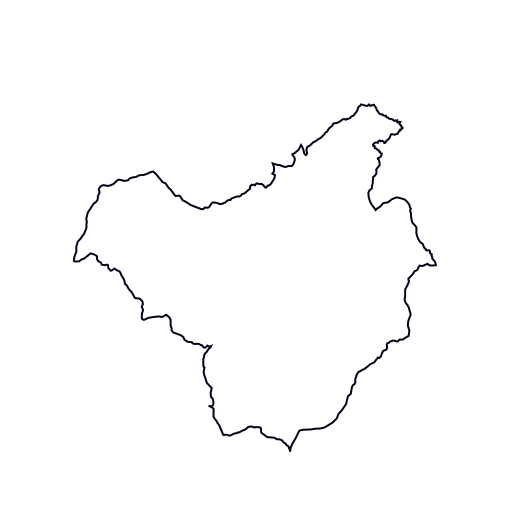 the district of Vergara, Cundinamarca, Colombia, rotated 198°
{"feature_id": "7082276B80485055582459", "entity_name": "Vergara", "entity_type": "district", "adm_level": 2, "iso_a3": "COL", "parent_name": "Colombia", "parent_adm1": "Cundinamarca", "projection": "albers", "projection_center": [-74.318, 5.125], "detail": "fine", "context": "isolated", "style": "outline", "palette": "ink", "viewbox_px": 512, "rotation_deg": 198, "n_neighbors": 0, "source": "geoboundaries", "source_scale": "gbopen_adm2", "svg_char_len": 6082}
<svg xmlns="http://www.w3.org/2000/svg" viewBox="0 0 512 512"><g transform="rotate(198 256 256)"><path d="M247.5,375.5L248.1,371.2L248.5,370.0L251.1,365.7L252.9,364.1L252.8,363.6L250.0,361.6L248.8,359.7L248.7,356.0L249.5,353.0L250.3,352.4L252.7,351.7L255.8,349.6L259.9,349.6L260.9,349.9L264.7,349.2L268.7,349.2L266.8,346.8L265.1,342.8L265.1,341.7L265.9,339.4L263.0,338.8L262.5,335.7L264.1,329.2L265.2,327.3L266.7,326.5L267.3,324.4L267.8,324.0L268.6,324.1L271.3,325.8L273.0,326.3L275.1,325.5L277.8,325.3L278.3,324.6L278.8,322.9L280.4,323.1L281.6,322.2L282.3,322.3L283.2,320.4L282.5,318.9L282.6,317.8L283.5,316.8L285.5,313.1L286.9,311.5L288.4,310.6L288.9,309.1L290.2,307.4L292.4,306.8L297.0,303.2L297.7,301.3L298.5,301.3L300.3,299.9L302.3,296.8L303.4,296.3L303.6,295.6L306.5,294.1L309.4,294.5L313.7,293.6L314.5,292.3L315.8,287.9L316.9,286.9L319.5,286.4L320.8,284.1L323.1,283.7L334.3,284.3L335.4,284.8L340.8,286.1L342.9,286.3L346.9,289.6L347.5,289.7L351.3,288.2L357.8,292.8L360.2,293.8L364.4,297.1L367.8,297.5L376.8,303.3L380.0,304.5L382.3,303.1L384.6,300.8L388.0,298.3L391.9,296.8L394.6,294.0L396.7,293.1L399.8,291.1L401.2,288.3L405.1,286.5L407.2,286.7L410.4,286.1L412.3,283.4L413.9,280.3L417.2,277.5L419.3,276.7L422.9,276.3L424.0,275.6L425.5,273.9L426.2,271.2L426.0,270.2L425.2,269.6L424.5,268.3L424.8,263.6L424.3,262.5L424.1,260.0L425.3,257.1L426.1,256.5L426.7,255.1L429.4,245.2L428.9,238.8L427.4,236.1L427.0,233.4L425.9,230.2L426.4,223.6L427.2,222.2L427.4,220.8L428.6,217.3L430.0,214.5L429.7,209.0L428.2,204.6L428.5,199.2L427.8,195.3L427.3,194.9L426.1,194.9L422.6,196.2L420.8,198.9L418.6,200.5L414.2,207.3L410.8,207.5L407.5,206.8L407.1,206.5L406.2,203.9L404.6,202.4L401.4,201.8L400.1,200.1L397.0,200.5L394.9,201.8L393.9,201.6L392.8,199.0L390.0,197.2L388.9,197.5L387.1,199.9L386.4,200.4L384.5,199.5L381.0,199.2L379.0,197.4L378.3,196.3L373.9,192.5L372.1,189.1L369.8,188.1L366.7,185.2L363.0,183.2L358.6,179.0L357.9,178.6L353.5,179.5L350.8,178.3L349.6,177.2L348.7,174.9L349.0,172.5L346.9,170.0L346.6,168.6L346.8,166.4L345.4,161.6L344.5,160.8L342.9,160.6L338.9,164.1L334.7,166.3L329.2,168.7L327.7,168.7L325.9,169.4L323.2,172.4L319.1,170.7L318.8,169.9L317.6,169.3L315.6,163.2L314.0,161.4L313.3,159.2L311.1,157.7L303.1,157.4L301.6,157.0L299.9,156.3L298.1,154.2L294.3,153.3L290.4,154.2L289.4,153.4L287.9,153.2L284.8,154.3L282.7,154.7L281.1,154.2L279.8,154.4L277.7,152.9L276.6,153.0L275.9,153.2L274.5,155.8L272.4,155.2L270.9,156.5L271.1,155.0L272.5,152.6L273.3,149.5L274.4,147.4L274.6,145.7L274.1,142.8L274.3,141.7L272.2,135.4L271.5,134.4L270.6,134.1L270.0,129.6L268.5,126.9L263.5,120.1L257.3,116.7L256.8,111.7L255.2,108.0L253.2,107.0L251.3,104.0L250.8,101.1L250.9,100.4L252.2,99.4L254.7,98.8L251.2,98.5L249.0,97.5L246.9,90.2L244.1,87.8L242.7,87.0L241.3,85.5L239.0,84.0L231.8,75.7L231.1,75.7L230.2,76.5L228.8,76.9L226.0,76.9L224.8,77.5L221.3,80.8L219.9,81.3L218.8,82.6L217.7,82.8L215.0,85.7L212.4,87.8L210.9,90.5L210.0,91.4L207.1,92.6L204.8,92.3L203.1,93.3L199.6,94.2L198.5,94.0L197.7,93.1L197.0,90.7L196.3,89.6L189.4,87.2L182.1,88.9L179.6,88.1L177.2,88.9L174.6,88.8L172.1,87.3L169.5,86.5L168.6,85.6L166.3,85.0L162.8,80.5L163.4,81.6L163.8,84.3L163.5,88.1L162.0,94.9L160.9,102.9L160.1,103.8L157.3,105.4L150.7,107.8L145.2,110.5L143.2,111.1L140.1,112.6L137.6,114.4L131.9,121.0L129.3,125.7L128.9,127.5L128.8,131.1L126.7,135.8L124.6,142.9L125.2,151.1L123.3,154.1L124.2,160.8L124.0,162.6L123.5,163.8L122.7,164.5L122.4,166.3L123.6,169.6L123.4,172.8L123.7,173.1L123.1,176.2L122.7,177.4L120.8,179.1L120.0,180.4L118.3,181.7L116.0,184.9L114.0,188.3L110.7,191.4L108.7,197.1L107.3,197.0L106.3,198.6L105.9,204.5L105.7,205.0L103.1,207.3L102.9,208.0L103.2,210.0L104.3,212.3L104.1,213.6L102.8,214.6L102.0,216.0L99.8,217.8L98.1,218.3L95.5,218.2L94.8,218.6L93.6,220.9L90.8,221.8L86.1,227.3L87.1,232.4L89.9,236.5L90.6,238.6L91.1,241.8L90.8,247.1L91.0,248.6L94.8,254.2L97.0,256.3L99.3,257.8L101.3,260.7L101.6,263.2L103.8,270.5L103.0,274.5L102.6,278.9L104.1,281.5L101.5,286.6L100.4,290.6L99.2,291.5L98.3,292.8L98.0,293.9L98.1,295.6L97.2,297.6L95.8,297.6L94.4,298.1L90.5,301.5L87.9,300.7L84.8,301.6L82.0,302.9L84.1,306.0L87.5,308.0L88.2,309.5L89.3,310.7L89.2,311.8L91.2,312.4L92.5,314.8L93.3,314.9L95.0,314.1L96.2,314.2L96.9,315.2L98.7,315.9L100.9,318.8L104.5,320.1L107.8,323.2L110.5,327.1L112.1,332.4L113.4,333.7L117.3,335.9L118.0,336.5L120.5,340.9L122.0,344.8L123.4,346.4L123.4,349.0L124.3,349.5L126.4,352.5L130.0,354.8L132.2,355.7L137.1,355.6L139.6,355.4L141.6,354.3L144.3,352.0L147.1,347.7L150.2,346.3L151.4,345.5L153.1,341.4L155.7,338.3L156.4,336.7L162.4,341.1L164.8,343.6L167.1,347.0L168.7,350.9L168.3,353.8L166.7,355.9L167.3,357.9L167.5,361.6L168.3,363.8L168.3,364.8L169.0,367.5L167.9,368.8L166.9,371.6L168.4,375.5L166.5,380.5L167.2,382.6L168.9,385.4L170.1,385.9L170.3,386.3L170.1,387.0L168.9,387.9L168.1,388.9L167.8,391.8L168.1,392.3L169.4,392.4L170.1,393.3L171.0,393.3L171.6,394.2L173.6,394.7L174.8,395.4L176.4,395.3L177.0,397.1L178.3,396.8L179.1,398.2L178.1,400.4L176.3,401.3L175.2,401.3L175.0,403.1L174.0,404.1L173.5,404.1L172.8,403.6L171.3,404.6L169.8,404.1L168.9,403.1L168.4,403.3L167.9,403.9L167.7,405.6L165.6,409.0L165.1,413.5L164.4,413.9L161.6,414.2L158.9,416.3L158.8,418.3L157.9,419.4L158.1,420.6L157.0,421.0L156.9,422.2L156.1,423.1L156.3,423.5L157.4,423.6L158.4,425.0L160.1,425.6L160.5,427.1L160.2,428.0L161.3,427.9L162.3,426.7L163.1,427.0L163.7,428.6L164.5,427.8L165.7,427.9L166.6,427.2L168.0,428.1L172.1,427.8L173.8,428.6L174.8,428.3L175.8,429.6L176.8,429.1L178.5,429.1L179.5,429.8L180.3,429.4L182.3,429.3L186.1,432.1L188.1,434.4L190.7,436.3L193.9,434.0L194.4,434.2L194.8,435.0L195.3,435.1L196.2,433.5L197.0,432.9L202.9,432.6L203.4,431.0L204.6,429.5L204.7,425.2L206.6,419.8L208.5,418.1L209.0,416.4L210.9,414.8L212.0,414.5L212.6,413.4L214.4,413.5L215.4,413.1L216.3,412.2L217.5,410.1L220.2,407.5L223.2,406.1L223.8,403.3L226.1,399.7L226.8,396.2L228.1,394.8L228.7,392.7L231.1,388.1L232.6,386.7L235.1,383.2L236.3,382.5L238.8,377.8L241.0,375.6L240.9,372.6L239.0,369.2L239.6,367.4L240.9,367.7L241.7,368.4L244.2,372.3L246.1,374.4L247.5,375.5Z" fill="none" stroke="#020617" stroke-width="2"/></g></svg>